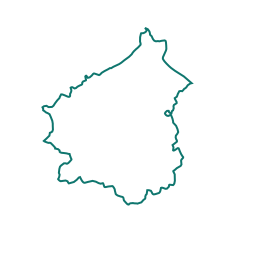 an SVG outline of Belarus, rotated 138°
{"feature_id": "BLR", "entity_name": "Belarus", "entity_type": "country or territory", "adm_level": 0, "iso_a3": "BLR", "parent_name": "Europe", "parent_adm1": "", "projection": "orthographic", "projection_center": [28.129, 53.705], "detail": "fine", "context": "isolated", "style": "outline", "palette": "teal", "viewbox_px": 256, "rotation_deg": 138, "n_neighbors": 0, "source": "natural_earth", "source_scale": "50m", "svg_char_len": 3808}
<svg xmlns="http://www.w3.org/2000/svg" viewBox="0 0 256 256"><g transform="rotate(138 128 128)"><path d="M199.2,174.7L195.7,174.7L191.5,174.9L189.3,176.7L188.3,176.3L186.7,176.0L184.9,177.0L182.5,179.9L180.9,181.7L179.4,184.1L178.9,185.5L178.0,187.9L177.1,190.7L177.7,192.7L178.5,194.4L178.8,196.4L179.2,197.9L178.2,199.0L177.7,200.6L175.9,200.4L173.7,199.0L173.1,196.8L171.4,195.3L170.3,194.5L168.5,194.4L165.6,195.2L161.9,195.9L159.0,196.1L157.5,196.9L155.2,197.7L154.3,196.8L153.0,194.3L151.9,191.8L151.1,190.7L150.5,190.4L149.7,190.5L148.9,191.3L148.2,192.1L147.3,192.4L145.8,193.1L144.8,194.0L143.7,196.3L142.9,196.2L142.1,195.6L141.2,193.1L139.9,192.5L137.9,192.5L135.5,191.9L133.5,191.2L132.7,191.3L131.5,192.4L130.2,192.6L127.4,191.6L126.8,192.1L126.1,193.5L125.2,194.9L124.4,195.0L124.0,194.7L124.3,192.2L122.6,191.3L119.9,191.2L117.9,191.5L117.0,191.4L116.5,190.9L114.1,186.7L112.9,186.4L110.6,186.6L107.3,186.0L103.5,185.0L101.4,184.6L100.4,183.7L98.0,183.3L91.8,181.4L89.2,181.0L85.4,180.8L79.6,180.2L75.9,180.3L74.2,180.8L72.2,181.1L68.8,181.2L67.5,181.1L65.3,181.2L62.9,181.5L62.1,182.4L61.2,184.2L58.2,187.4L55.3,189.4L54.8,189.6L53.3,188.3L51.9,187.8L50.4,187.6L49.2,187.9L48.5,188.4L48.4,191.0L47.2,188.1L47.5,185.4L48.3,183.8L49.2,182.5L49.0,180.4L49.9,177.6L50.1,175.6L49.8,174.7L49.2,173.7L47.5,172.5L46.8,171.5L44.5,170.2L42.2,168.6L41.8,167.7L42.0,167.1L42.5,166.2L44.5,163.6L46.6,161.1L47.9,160.2L54.7,157.2L55.8,156.1L56.2,154.1L56.3,152.7L56.3,150.1L56.1,146.4L55.8,143.8L54.8,139.0L52.0,129.0L50.7,118.7L52.0,119.4L55.0,119.8L57.5,119.2L58.8,119.2L59.9,119.5L61.6,119.2L63.1,119.1L63.9,120.1L65.3,121.0L68.1,120.0L70.7,118.6L73.3,118.9L73.7,118.2L74.5,114.7L75.3,113.9L78.4,114.4L79.6,113.8L80.8,112.1L82.7,111.0L84.2,111.1L85.8,109.9L86.6,110.8L86.9,112.3L86.3,113.5L86.6,113.9L87.6,114.6L89.5,114.6L90.7,114.2L91.0,113.5L91.1,112.3L90.8,111.1L90.1,110.1L88.6,109.5L87.5,109.5L87.4,108.8L87.8,107.5L88.8,105.0L90.0,102.8L90.7,102.0L90.9,101.2L90.8,99.8L90.8,97.4L92.0,94.0L93.4,91.4L95.2,90.7L97.5,90.3L98.9,89.1L99.6,87.7L99.9,86.5L100.3,85.5L101.0,85.1L106.3,85.5L107.1,83.3L107.6,82.7L108.6,82.0L109.4,81.2L109.1,80.6L107.8,80.2L104.6,79.8L104.0,79.1L104.2,78.2L105.1,75.9L106.0,73.0L106.4,70.7L106.5,69.4L107.0,69.0L109.5,68.7L110.4,68.2L112.7,65.1L114.3,64.6L118.6,65.5L120.6,65.5L121.2,65.5L123.1,65.7L123.4,65.4L124.3,62.3L125.1,61.4L128.5,57.4L130.8,55.7L132.2,55.4L132.7,55.4L135.0,58.0L135.6,58.1L136.8,57.1L137.1,57.0L139.7,56.9L140.9,57.8L141.8,59.6L142.7,61.0L143.6,61.4L146.1,59.6L147.5,59.0L148.5,59.0L151.8,60.5L153.3,61.4L153.7,62.2L153.7,63.1L153.3,64.5L153.0,66.0L154.1,67.8L155.3,68.9L157.7,66.9L158.6,66.3L159.6,66.3L161.0,65.5L161.9,64.4L162.8,64.0L164.6,64.2L167.8,63.8L171.6,65.5L171.9,66.0L173.9,68.0L174.6,69.0L175.2,69.3L176.2,70.2L177.6,70.8L178.5,70.6L179.0,70.9L179.4,71.7L179.5,73.0L179.5,76.8L178.9,78.0L178.3,78.9L178.1,79.6L178.2,80.4L179.3,82.0L180.8,84.6L181.2,86.0L181.3,87.1L179.5,90.5L178.9,91.3L178.5,92.9L178.3,94.6L178.5,95.3L181.8,97.7L184.2,99.1L184.8,99.7L184.9,100.2L183.7,103.0L183.6,103.8L185.6,104.9L186.7,106.7L187.8,109.6L189.7,112.4L193.8,114.7L196.8,116.2L197.4,117.0L197.6,117.8L197.5,119.8L196.9,122.2L196.5,123.6L197.7,124.1L200.7,123.8L204.4,124.1L209.0,126.4L209.0,127.6L208.6,128.7L209.0,129.8L209.6,130.8L213.6,133.5L214.0,134.3L214.2,135.7L214.1,136.8L213.1,137.1L211.9,137.7L210.1,139.0L209.4,140.9L206.4,143.5L204.5,144.7L203.0,144.9L199.2,144.6L197.9,143.4L197.3,142.3L195.9,141.9L194.0,142.0L191.4,142.3L190.9,142.6L190.5,144.0L189.5,146.4L188.8,147.8L189.5,148.5L190.6,150.2L192.3,152.2L194.0,154.1L194.6,155.2L194.7,156.0L193.9,157.1L194.1,159.0L195.9,161.5L195.3,162.0L195.3,165.2L195.5,168.6L196.0,169.4L196.9,170.0L197.7,171.2L199.1,174.0L199.2,174.7Z" fill="none" stroke="#0f766e" stroke-width="2"/></g></svg>